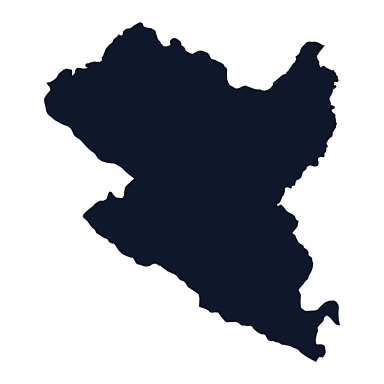 the district of Bac Yen, Son La, Vietnam
{"feature_id": "81297802B44532488811780", "entity_name": "Bac Yen", "entity_type": "district", "adm_level": 2, "iso_a3": "VNM", "parent_name": "Vietnam", "parent_adm1": "Son La", "projection": "mercator", "projection_center": [104.438, 21.222], "detail": "fine", "context": "isolated", "style": "filled", "palette": "ink", "viewbox_px": 384, "rotation_deg": 0, "n_neighbors": 0, "source": "geoboundaries", "source_scale": "gbopen_adm2", "svg_char_len": 5855}
<svg xmlns="http://www.w3.org/2000/svg" viewBox="0 0 384 384"><path d="M323.4,46.0L322.2,45.7L318.4,43.4L315.0,42.4L311.8,42.7L309.4,42.2L306.9,43.0L305.9,44.4L302.5,47.5L301.3,49.8L300.4,53.0L298.8,55.2L296.3,56.9L297.1,58.7L295.5,62.8L293.4,64.2L291.2,68.0L289.8,69.6L288.7,71.6L287.2,72.5L287.1,73.6L286.0,74.5L282.8,75.6L275.9,81.5L274.5,82.3L273.7,83.5L273.5,85.4L272.8,86.6L270.3,89.1L268.6,90.2L264.8,91.5L263.2,91.3L261.3,90.9L259.8,90.1L257.3,90.2L254.3,89.7L245.2,86.3L241.9,87.4L239.5,88.8L235.9,89.4L229.4,85.7L227.3,82.3L227.2,81.5L226.5,80.1L226.2,74.1L226.4,70.6L226.0,68.4L223.7,66.8L223.3,65.2L220.9,63.5L217.9,62.2L214.5,60.5L212.5,60.1L210.8,59.3L209.6,57.6L208.7,55.0L206.7,53.2L202.7,51.7L200.0,51.3L197.1,52.3L192.7,54.6L191.4,54.5L189.1,53.5L186.8,52.3L185.2,51.1L183.9,48.1L182.9,47.1L180.8,45.8L180.4,43.4L179.7,41.8L177.0,39.7L174.9,38.9L173.3,38.9L172.6,39.2L170.8,41.0L170.7,42.7L171.1,44.2L171.9,45.4L166.9,47.2L163.0,47.0L162.6,46.1L160.6,44.3L159.4,41.8L158.2,40.8L156.8,38.5L156.0,35.3L155.1,33.9L155.0,31.8L154.4,30.9L150.7,28.8L146.9,28.4L143.4,27.1L142.8,26.6L142.0,23.9L140.0,23.0L134.8,25.8L130.8,28.9L127.0,29.4L125.1,30.5L123.9,32.0L123.3,35.0L122.3,36.1L120.8,36.3L118.8,35.4L117.8,36.9L114.1,39.9L113.1,42.7L109.9,45.3L106.5,49.0L103.5,56.7L102.4,57.7L102.6,59.9L102.4,61.1L101.6,61.9L100.7,62.2L99.7,63.2L98.2,62.4L96.5,62.7L94.0,62.2L92.4,63.0L91.0,62.9L89.5,63.9L87.0,64.1L86.2,64.7L86.2,66.1L86.6,66.3L88.2,66.4L88.5,66.6L88.5,67.3L87.2,68.7L86.0,69.2L82.0,69.2L79.2,68.5L77.5,68.6L76.0,70.2L75.7,71.6L75.8,73.0L75.4,73.9L74.6,74.2L73.8,75.5L72.7,76.1L72.3,76.8L71.1,76.1L71.4,70.6L71.0,70.2L67.4,69.7L66.8,69.3L63.7,70.5L59.2,74.3L57.1,78.1L54.2,80.7L50.7,82.7L47.6,83.3L50.5,87.2L51.0,88.4L51.0,90.3L50.5,91.2L47.2,95.0L45.7,97.4L45.0,98.7L44.9,101.0L47.0,111.1L48.4,113.8L55.3,119.6L61.0,122.8L64.9,124.6L67.9,125.4L71.6,128.3L74.6,134.8L76.9,136.8L80.6,139.1L86.4,145.6L90.6,149.7L95.2,153.0L98.3,157.7L101.7,160.3L104.4,161.3L107.7,162.1L115.2,163.0L122.3,167.3L125.8,171.0L130.6,174.9L134.4,177.6L135.1,178.9L131.2,182.0L130.5,183.1L127.6,185.5L125.8,187.6L124.8,192.4L125.0,194.2L124.2,196.8L122.8,198.9L116.1,198.3L114.6,197.3L112.3,194.6L111.3,192.8L110.8,192.5L109.7,192.5L109.2,193.3L107.4,198.8L106.5,200.1L103.0,201.7L101.7,201.4L99.8,201.6L95.5,204.2L93.8,206.3L86.5,212.1L84.2,214.6L83.5,216.1L83.9,217.1L87.5,220.2L92.7,227.2L95.4,229.3L96.9,232.5L104.7,237.4L106.9,238.0L108.0,238.8L109.0,240.2L109.2,241.1L110.4,242.1L112.0,242.7L114.4,243.1L115.5,244.2L119.3,250.1L121.8,252.6L124.0,254.1L127.7,255.7L131.3,256.9L133.2,257.1L134.3,258.5L136.6,262.7L137.3,263.3L145.0,265.7L146.8,265.8L149.2,265.4L152.0,263.6L153.3,263.1L156.2,262.9L159.2,264.9L160.9,264.9L162.0,266.3L166.3,269.2L167.9,270.6L174.2,273.3L177.0,275.0L179.7,278.7L181.6,279.8L184.1,280.7L185.8,282.1L187.6,285.3L189.0,286.9L196.9,292.0L199.3,293.9L200.2,298.1L199.8,306.2L206.1,308.3L209.0,310.0L210.1,311.4L211.7,312.0L215.9,311.5L219.1,312.1L219.9,313.9L220.8,315.2L225.5,320.7L226.7,321.5L235.6,321.1L237.9,321.6L241.9,324.8L245.6,324.9L247.7,325.3L251.0,325.0L252.6,326.1L254.7,328.9L258.0,331.7L261.5,333.5L264.5,333.7L266.1,334.9L267.5,337.8L269.2,339.9L271.3,340.3L272.9,340.1L276.2,341.5L278.1,341.6L280.5,342.8L281.8,343.9L284.4,344.1L290.1,345.3L293.1,346.8L298.1,348.7L301.3,352.2L307.4,356.4L315.8,361.0L317.6,357.7L318.7,356.4L319.4,356.1L320.5,356.2L321.9,356.8L322.5,356.6L324.3,354.1L325.0,351.8L324.2,347.0L323.4,345.7L321.1,345.0L317.1,345.2L315.9,344.6L315.5,343.9L314.9,340.1L316.0,334.2L317.2,330.9L316.9,328.4L317.1,326.6L322.4,321.1L323.8,316.9L325.6,314.9L326.3,314.8L328.2,315.2L331.4,318.1L335.4,322.8L336.9,324.1L339.1,324.5L338.1,320.4L337.6,314.1L338.1,307.4L337.6,304.9L335.8,302.3L333.8,301.2L329.0,301.6L325.2,303.1L320.8,307.1L318.1,310.2L315.0,311.2L305.7,311.8L303.4,310.6L300.9,308.6L300.2,307.3L300.0,305.2L299.8,302.3L300.1,294.9L297.6,289.9L299.4,287.4L302.7,283.8L304.9,280.6L307.2,278.7L308.1,275.7L310.4,271.7L311.9,267.9L312.4,264.0L312.4,263.2L311.5,260.6L311.4,258.3L308.3,256.0L307.8,255.0L307.8,252.0L306.6,250.4L303.4,248.1L302.6,245.8L299.5,244.2L297.9,242.7L295.2,237.6L294.7,235.8L292.2,234.1L291.7,233.1L292.0,232.0L293.5,230.5L296.8,226.1L297.1,224.9L297.1,223.3L297.8,221.3L296.2,220.6L295.3,219.6L294.5,217.2L294.0,216.4L291.5,214.6L288.6,213.2L286.2,211.6L283.0,207.4L280.8,205.3L280.1,205.5L279.0,206.5L278.1,206.7L276.4,206.1L276.2,205.3L276.8,203.0L278.5,202.8L279.3,201.8L280.5,199.5L281.6,196.6L283.1,194.6L284.2,191.1L284.0,189.0L284.5,187.6L285.7,186.8L287.2,186.5L288.2,186.6L290.6,187.6L291.0,187.6L291.2,185.6L292.4,185.0L294.3,184.9L295.2,180.7L295.6,180.0L297.3,179.1L298.5,178.7L300.3,177.3L300.8,176.5L301.5,173.7L302.5,171.4L305.7,168.7L306.1,166.3L309.8,164.6L310.7,164.6L314.1,165.7L316.2,165.7L317.4,165.2L317.8,163.5L317.7,162.0L317.1,159.3L317.2,157.9L320.2,156.0L323.1,156.5L323.6,156.1L323.8,155.4L323.4,153.7L325.4,151.2L325.6,149.8L325.3,147.7L325.7,147.1L327.0,146.5L326.9,145.9L325.8,143.9L325.6,142.9L326.7,141.3L326.9,140.5L329.3,137.5L331.5,136.2L331.9,134.5L332.0,132.3L335.3,127.0L335.1,125.5L336.2,123.7L335.1,122.6L335.2,120.2L334.5,116.3L334.7,115.1L334.6,114.8L332.9,113.7L331.3,111.6L330.8,110.0L331.4,109.0L333.7,108.0L334.0,106.9L330.5,105.6L330.1,104.9L330.1,102.9L328.4,98.9L329.6,96.9L329.8,95.7L330.7,94.7L331.2,93.0L332.0,91.9L332.1,90.8L331.9,89.2L334.9,87.5L335.5,86.5L335.3,86.0L333.4,85.8L333.0,85.4L333.0,84.7L333.6,83.2L333.1,81.5L333.8,81.0L337.1,81.3L337.9,80.1L337.0,78.4L337.0,76.9L335.5,75.2L335.0,73.1L333.4,72.5L333.5,71.0L331.8,71.1L330.6,70.8L328.7,69.6L326.1,68.5L325.2,67.9L324.6,67.1L323.5,66.7L322.7,66.9L321.5,68.2L320.8,68.4L320.4,68.2L319.3,66.6L318.7,65.2L318.4,64.1L318.4,61.6L317.2,60.0L316.5,58.4L316.2,55.3L317.8,53.5L319.1,51.2L323.4,46.0Z" fill="#0f172a" stroke="#020617" stroke-width="1.5"/></svg>